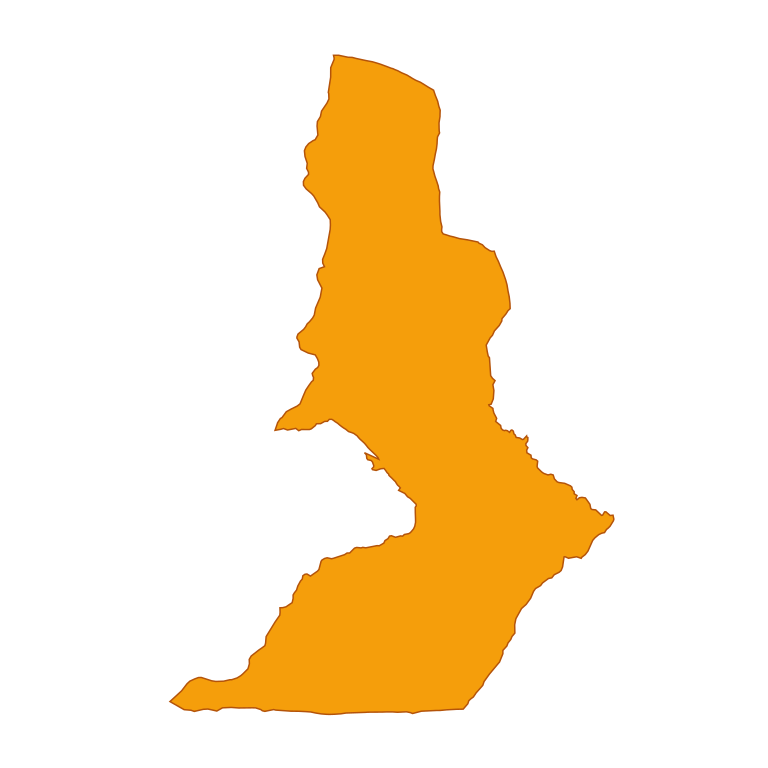 outline of Mobayi-Mbongo, Équateur, Democratic Republic of the Congo, rotated 268°
{"feature_id": "63176286B77587123851522", "entity_name": "Mobayi-Mbongo", "entity_type": "district", "adm_level": 2, "iso_a3": "COD", "parent_name": "Democratic Republic of the Congo", "parent_adm1": "Équateur", "projection": "mercator", "projection_center": [21.025, 4.13], "detail": "fine", "context": "isolated", "style": "filled", "palette": "amber", "viewbox_px": 768, "rotation_deg": 268, "n_neighbors": 0, "source": "geoboundaries", "source_scale": "gbopen_adm2", "svg_char_len": 6078}
<svg xmlns="http://www.w3.org/2000/svg" viewBox="0 0 768 768"><g transform="rotate(268 384 384)"><path d="M56.3,451.8L61.5,456.6L64.5,457.7L66.1,459.5L68.1,462.4L71.7,465.0L71.9,465.1L79.4,472.2L83.1,473.6L90.5,479.3L101.2,488.9L102.0,489.7L110.3,493.4L113.6,493.5L117.8,497.6L120.9,498.9L124.3,501.8L127.2,503.1L130.5,506.1L138.8,506.2L144.8,507.6L147.0,508.9L154.8,513.6L158.8,518.4L164.8,523.1L171.5,526.2L174.3,528.3L177.1,533.5L179.6,535.4L183.9,541.6L184.4,544.9L187.5,547.5L189.7,552.4L191.4,554.5L195.0,556.1L204.9,557.9L205.1,558.8L203.4,562.4L203.6,563.4L204.6,570.5L202.9,575.0L204.0,575.7L206.5,579.2L209.9,582.0L220.4,587.1L222.9,589.4L226.0,593.4L227.3,596.4L227.8,599.2L230.9,601.3L231.8,602.6L233.9,604.9L239.3,608.5L240.9,609.0L244.9,608.3L244.7,605.4L248.5,601.3L248.5,600.0L245.3,597.9L245.1,596.8L250.8,591.2L251.3,587.5L252.3,586.3L256.6,585.6L263.1,581.3L263.8,577.9L263.5,575.3L261.6,572.8L263.0,571.8L265.8,573.0L267.0,571.2L267.7,570.2L269.7,570.3L272.1,568.4L274.3,568.2L275.7,566.8L278.4,561.2L279.5,555.1L280.2,553.6L283.2,551.0L287.2,549.9L288.0,547.6L287.4,544.7L289.1,540.5L290.6,538.5L294.7,534.6L296.3,534.1L301.5,534.9L302.9,533.4L304.0,529.8L305.1,528.6L307.7,528.4L310.3,524.4L313.1,524.3L315.3,525.6L317.5,523.8L319.3,523.6L321.9,525.6L323.3,525.8L325.5,525.9L326.1,524.8L327.1,524.7L323.8,521.4L323.7,520.3L325.3,517.8L326.0,514.2L328.4,513.4L329.7,512.1L332.4,511.6L333.6,510.2L333.2,509.1L331.3,507.8L333.0,505.7L333.5,504.0L333.2,502.6L334.0,500.8L335.7,499.5L338.5,499.1L342.7,494.3L345.7,495.4L351.1,492.8L354.3,492.1L355.8,492.0L358.6,488.3L359.6,488.0L360.1,490.4L365.3,492.7L373.6,493.6L379.5,492.8L383.5,495.1L385.9,492.6L388.6,490.9L406.6,490.3L408.3,489.1L412.9,488.3L419.3,487.5L426.4,491.7L428.9,494.1L433.2,496.2L438.4,501.2L442.8,503.9L445.2,504.2L449.6,508.2L453.0,510.5L454.9,512.7L460.1,512.7L466.7,512.2L472.5,511.2L478.8,510.4L483.9,509.2L491.7,506.8L497.1,504.6L502.5,502.6L507.4,500.4L512.9,498.8L512.8,496.4L513.6,494.3L516.8,489.7L519.7,487.2L521.4,483.8L522.6,482.9L525.2,472.3L526.7,464.4L528.6,458.6L529.5,455.2L530.9,451.4L531.9,448.4L534.2,447.0L536.5,447.0L539.0,447.4L544.4,446.3L551.3,445.8L554.8,445.9L565.0,445.8L569.8,446.0L573.9,446.4L577.3,445.4L580.0,445.1L584.9,443.7L590.0,442.1L594.5,441.1L597.3,440.4L600.4,440.6L606.8,442.2L612.0,443.3L617.1,444.6L622.2,445.4L626.1,445.7L629.1,446.1L633.0,448.3L634.9,448.0L638.1,448.0L643.1,448.1L649.4,449.3L651.6,449.4L655.7,449.7L659.6,448.5L664.7,447.5L667.8,446.4L670.5,445.4L675.9,443.8L679.0,438.8L681.3,435.4L684.3,430.9L686.4,426.4L688.2,423.4L691.9,417.8L694.5,412.3L696.6,408.7L697.8,405.9L698.8,404.0L699.4,402.0L701.2,397.8L702.5,394.6L703.5,392.2L704.5,389.5L706.4,383.8L707.9,377.1L710.3,367.6L711.5,363.7L711.8,359.5L714.1,350.2L714.3,345.0L711.8,345.5L710.2,345.5L702.0,341.8L692.5,341.4L677.3,338.5L676.1,338.9L670.8,338.9L666.7,336.8L658.9,331.1L653.5,329.8L648.6,326.6L644.1,326.1L635.1,326.6L630.5,323.7L629.7,321.6L626.9,317.1L623.6,314.2L619.9,312.6L614.1,313.0L607.2,315.0L602.2,314.2L598.5,315.9L596.1,315.9L592.4,312.2L589.1,310.5L585.4,310.5L581.7,313.0L576.8,318.3L574.3,320.4L567.4,324.1L563.3,325.7L557.9,331.1L555.0,333.1L550.1,336.0L544.8,336.0L540.3,335.6L521.4,331.5L516.1,329.4L510.7,327.0L507.0,327.0L503.3,328.6L501.6,323.2L495.4,320.7L490.5,321.3L482.0,325.3L473.0,323.3L462.3,318.3L455.3,316.7L452.5,315.0L448.8,311.7L447.1,309.7L446.7,309.3L443.8,307.6L441.4,305.6L436.9,299.8L434.0,298.6L432.8,298.6L429.1,300.6L423.7,301.0L421.3,302.3L417.6,309.3L415.5,316.3L411.8,318.3L408.1,319.6L404.9,319.6L402.8,318.3L401.2,315.9L397.1,312.6L395.0,313.0L393.0,313.8L390.1,313.4L388.8,311.7L385.2,308.9L380.6,305.6L375.3,303.1L367.1,299.4L365.0,296.5L362.2,290.3L359.7,285.4L354.0,280.9L353.1,279.2L349.0,276.3L347.8,275.9L341.5,273.5L342.3,279.1L343.0,282.0L341.4,286.0L342.7,294.3L340.3,297.2L341.4,299.9L341.1,307.9L341.7,309.8L344.8,313.9L346.6,315.1L346.6,319.3L348.7,323.4L348.7,326.2L350.6,328.1L350.5,330.6L349.3,332.4L348.1,333.8L346.4,336.3L344.7,338.1L343.0,340.1L341.4,342.2L340.1,344.2L337.7,346.9L336.5,350.2L335.6,352.2L334.1,354.1L333.1,355.4L331.7,356.4L329.8,358.0L327.6,360.3L325.4,362.5L323.2,364.2L321.1,365.7L319.1,367.5L312.8,373.7L310.7,375.4L309.0,376.1L316.0,362.1L313.9,363.9L310.3,364.2L308.9,365.1L308.0,368.5L306.6,369.7L302.8,370.9L301.4,370.7L299.8,369.0L298.8,369.5L297.9,373.1L299.4,377.8L299.6,381.1L297.7,382.5L295.3,384.0L293.8,385.5L292.4,385.8L289.5,388.7L287.5,390.5L286.0,392.0L284.1,393.0L282.4,394.1L281.2,395.4L279.6,396.7L277.2,394.9L273.9,401.0L270.5,403.6L268.8,406.2L262.7,411.9L261.1,412.0L259.7,410.9L258.4,410.9L254.7,410.8L247.7,410.8L244.6,410.7L240.8,409.8L238.2,408.5L237.4,407.8L235.7,406.3L234.5,405.1L233.6,403.5L232.9,399.1L231.3,397.3L231.6,395.2L230.4,390.2L232.1,386.1L231.8,384.2L229.3,382.6L227.5,379.5L225.0,378.3L222.5,373.6L222.7,371.4L220.9,360.0L221.5,357.1L221.0,355.4L221.6,351.0L221.0,348.8L216.3,343.8L216.4,341.2L214.8,338.6L211.6,327.5L211.2,325.5L212.3,321.1L211.7,318.5L210.1,315.7L208.9,314.9L200.9,312.5L199.3,311.0L194.6,303.8L196.8,300.4L196.6,298.3L195.2,296.2L191.9,295.5L189.9,293.6L185.1,290.8L181.1,289.4L178.5,287.2L176.3,285.8L172.9,285.7L168.7,284.6L164.7,278.2L164.0,274.9L164.0,272.2L159.5,272.2L156.6,271.8L149.9,266.8L135.7,257.4L129.1,256.6L126.6,255.8L124.6,252.9L122.5,249.6L116.8,241.8L113.5,239.7L109.0,239.7L104.1,238.1L99.1,232.7L97.5,230.7L95.4,227.0L93.8,221.6L93.8,219.5L92.6,213.4L92.6,205.5L93.4,201.4L97.1,191.1L97.1,188.3L95.9,184.6L93.8,179.6L91.3,176.7L84.4,171.0L74.1,159.0L65.5,172.9L64.7,179.7L63.4,183.0L65.2,192.1L65.3,196.7L64.1,201.4L63.0,205.5L66.0,211.3L66.1,220.1L65.3,227.5L65.0,240.9L64.8,244.4L62.9,249.6L61.7,251.0L61.0,253.5L62.5,262.4L61.9,264.4L60.3,279.4L59.9,287.6L59.3,294.6L58.8,299.3L57.6,304.1L56.5,309.7L55.9,315.0L55.7,318.0L55.7,323.1L55.9,329.4L56.5,334.6L56.5,354.0L56.6,356.5L56.2,371.1L56.2,375.8L56.0,381.0L55.5,386.0L55.6,395.1L54.7,398.8L53.7,401.1L55.7,410.0L55.8,417.6L55.9,425.0L55.8,428.6L56.2,435.3L56.4,445.1L56.3,451.8Z" fill="#f59e0b" stroke="#b45309" stroke-width="1.5"/></g></svg>